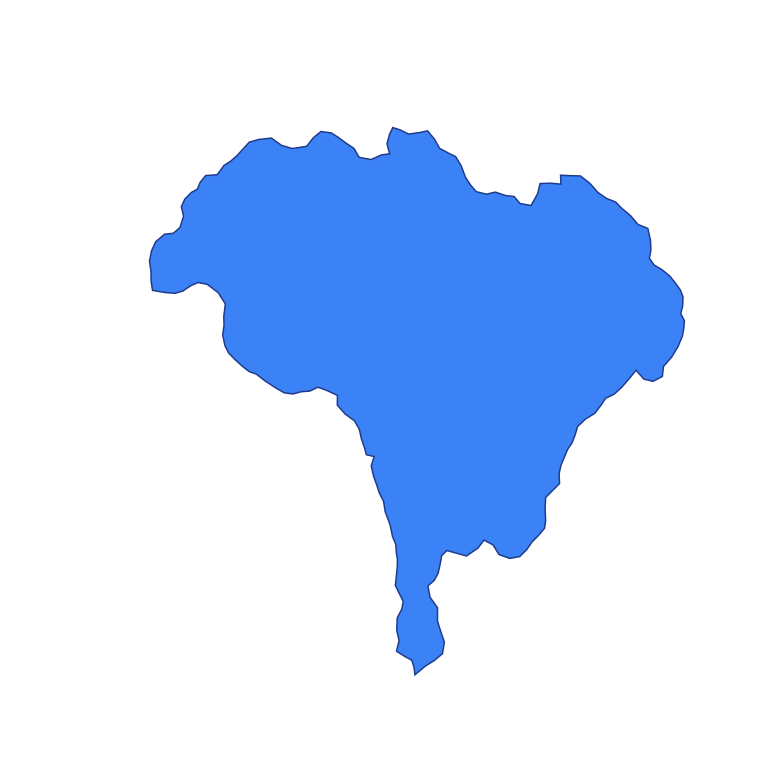 outline of Cambuí, Minas Gerais, Brazil, rotated 110°
{"feature_id": "56859067B55760606660323", "entity_name": "Cambuí", "entity_type": "district", "adm_level": 2, "iso_a3": "BRA", "parent_name": "Brazil", "parent_adm1": "Minas Gerais", "projection": "orthographic", "projection_center": [-46.068, -22.592], "detail": "fine", "context": "isolated", "style": "filled", "palette": "blue", "viewbox_px": 768, "rotation_deg": 110, "n_neighbors": 0, "source": "geoboundaries", "source_scale": "gbopen_adm2", "svg_char_len": 2547}
<svg xmlns="http://www.w3.org/2000/svg" viewBox="0 0 768 768"><g transform="rotate(110 384 384)"><path d="M147.6,189.3L147.2,199.9L141.5,209.9L137.6,220.6L133.8,228.5L133.5,238.5L130.8,248.5L125.0,259.2L121.3,270.5L124.7,280.8L127.4,289.5L135.7,286.1L138.4,296.4L142.3,305.9L152.6,304.7L166.0,306.9L167.9,317.9L163.3,325.9L165.3,334.2L165.6,345.0L170.6,352.7L171.7,363.1L167.5,370.6L161.9,378.1L152.3,386.3L145.8,394.5L145.0,402.4L143.5,412.4L136.7,420.2L131.2,429.7L135.5,436.5L140.7,446.3L139.7,455.5L140.0,463.4L147.3,464.2L157.3,463.3L165.8,457.5L169.5,464.6L177.5,472.9L179.5,484.9L172.9,492.8L170.7,501.8L168.0,510.9L166.1,519.3L168.3,529.6L176.8,534.6L187.1,538.0L194.1,550.7L194.8,562.0L191.4,573.9L197.1,585.4L202.8,593.3L211.7,597.0L220.0,600.4L227.2,604.4L233.3,609.1L244.4,612.3L249.1,622.8L257.1,625.7L264.7,626.0L270.1,630.7L278.4,634.4L286.6,635.1L294.9,629.7L306.8,629.3L314.4,633.5L318.3,641.4L328.4,647.2L338.4,648.0L348.8,646.4L358.0,641.4L367.1,638.0L375.2,633.5L372.9,621.0L370.3,611.5L365.5,604.9L357.6,599.1L352.2,593.3L350.8,584.2L354.9,571.0L363.0,560.5L375.5,557.6L383.5,554.4L393.2,552.3L402.3,546.6L407.9,540.8L412.3,531.6L416.0,522.6L418.4,515.0L418.4,507.3L421.8,496.8L424.9,483.6L426.4,474.8L424.5,466.1L419.6,459.2L416.0,451.3L409.6,445.0L409.6,436.0L410.6,423.9L419.9,420.6L425.5,410.3L428.7,399.2L435.1,391.6L443.1,386.6L450.6,380.5L456.5,376.4L455.5,368.5L465.3,368.0L474.3,362.2L481.0,356.6L487.7,351.4L494.5,344.2L503.6,339.2L514.4,330.0L524.3,323.9L530.9,317.9L537.8,315.0L544.2,311.4L551.5,308.9L559.5,306.9L569.5,304.4L576.7,296.9L581.7,291.6L589.3,290.3L599.3,291.6L611.1,287.8L619.9,282.1L630.9,280.8L632.9,271.3L634.1,263.4L639.9,258.9L646.7,255.5L635.3,248.9L626.2,241.9L617.4,236.8L605.9,239.0L597.7,245.6L588.6,252.6L575.9,257.2L568.8,267.6L558.8,273.7L551.2,269.6L543.5,268.4L534.2,269.6L525.4,271.1L519.0,267.9L518.3,259.1L517.4,247.7L506.1,239.6L496.5,236.7L497.9,226.5L504.9,217.7L504.9,206.2L499.8,197.5L491.0,193.3L481.9,190.9L472.7,186.7L464.6,183.8L457.0,185.4L446.3,189.9L435.3,193.3L426.5,189.2L417.5,185.0L408.4,188.8L399.4,189.9L382.8,189.1L374.8,187.1L366.4,187.0L357.6,187.5L347.9,182.6L339.6,176.0L330.0,172.9L321.5,170.8L315.1,164.4L305.6,159.4L295.3,155.5L284.9,151.8L290.5,141.5L289.5,132.1L281.7,125.0L271.9,127.4L260.4,122.9L248.2,120.5L237.0,120.0L229.7,121.2L221.8,123.3L216.4,129.2L208.7,130.0L199.9,132.8L194.2,137.8L189.9,144.1L185.0,152.0L181.6,161.5L179.8,170.9L175.0,177.7L167.1,178.9L157.9,182.7L147.6,189.3Z" fill="#3b82f6" stroke="#1e3a8a" stroke-width="1.5"/></g></svg>